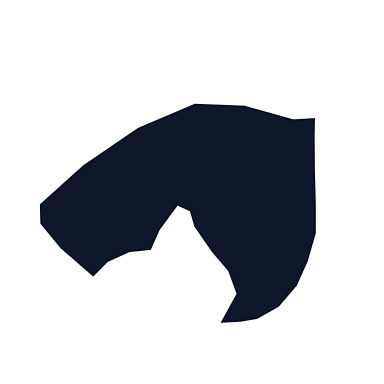 the state/province of South East, rotated 204°
{"feature_id": "SGP-4875", "entity_name": "South East", "entity_type": "state/province", "adm_level": 1, "iso_a3": "SGP", "parent_name": "Singapore", "parent_adm1": "", "projection": "equal_earth", "projection_center": [103.927, 1.348], "detail": "fine", "context": "isolated", "style": "filled", "palette": "ink", "viewbox_px": 384, "rotation_deg": 204, "n_neighbors": 0, "source": "natural_earth", "source_scale": "10m", "svg_char_len": 529}
<svg xmlns="http://www.w3.org/2000/svg" viewBox="0 0 384 384"><g transform="rotate(204 192 192)"><path d="M248.3,75.5L288.9,87.9L317.1,102.0L325.1,118.9L301.5,171.9L266.8,228.1L224.9,273.1L179.1,291.4L128.8,298.8L110.1,308.5L103.8,293.6L89.3,261.6L74.8,231.3L62.9,204.6L58.9,176.1L58.9,149.4L66.8,122.8L81.4,103.2L94.6,94.3L111.8,85.4L109.1,117.4L126.3,135.2L148.8,145.9L175.2,161.9L185.7,174.4L200.3,174.4L206.9,144.1L206.9,122.8L225.4,112.1L241.2,94.3L248.3,75.5Z" fill="#0f172a" stroke="#020617" stroke-width="1.5"/></g></svg>